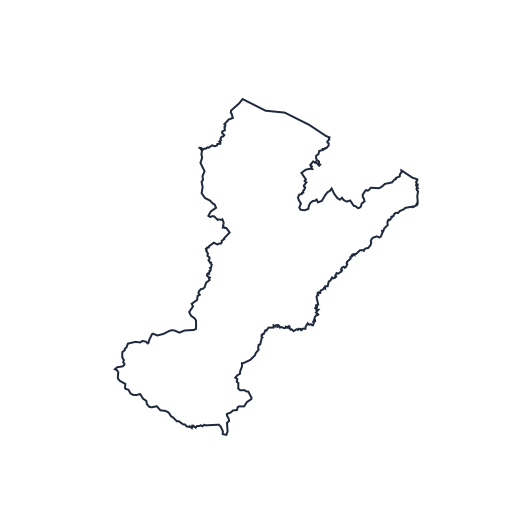 Pa Bon, Phatthalung, Thailand, rotated 333°
{"feature_id": "78962969B61161891494947", "entity_name": "Pa Bon", "entity_type": "district", "adm_level": 2, "iso_a3": "THA", "parent_name": "Thailand", "parent_adm1": "Phatthalung", "projection": "mercator", "projection_center": [100.157, 7.236], "detail": "fine", "context": "isolated", "style": "outline", "palette": "slate", "viewbox_px": 512, "rotation_deg": 333, "n_neighbors": 0, "source": "geoboundaries", "source_scale": "gbopen_adm2", "svg_char_len": 6135}
<svg xmlns="http://www.w3.org/2000/svg" viewBox="0 0 512 512"><g transform="rotate(333 256 256)"><path d="M254.1,133.4L255.4,134.9L255.6,137.8L253.5,140.7L252.6,144.0L248.8,147.8L248.6,157.2L244.7,160.4L243.3,164.1L241.2,165.2L239.8,170.3L236.1,175.3L236.8,181.1L240.1,185.6L241.4,189.7L242.5,191.2L242.3,194.9L235.9,195.8L231.8,198.6L232.8,200.4L235.2,200.7L236.8,201.8L238.2,206.4L238.9,206.2L241.5,208.0L242.7,208.0L242.3,211.7L239.4,215.6L240.7,216.0L240.7,216.6L242.3,217.7L243.2,223.1L235.5,225.8L235.4,226.5L232.4,226.9L231.6,228.4L230.3,229.0L228.6,228.1L226.8,228.2L224.5,225.0L218.2,226.1L217.8,226.9L216.0,226.3L215.3,227.2L214.7,227.0L214.6,228.5L214.0,228.7L214.3,232.0L212.8,233.8L213.9,236.3L213.2,237.5L211.8,238.1L212.1,240.7L212.9,241.4L212.2,242.1L212.7,243.6L210.5,246.1L209.6,245.8L209.5,247.6L208.6,248.5L207.8,248.2L206.2,250.5L205.5,249.7L204.2,250.0L204.1,251.0L203.5,251.2L204.0,253.2L205.0,254.2L203.9,254.6L203.8,256.3L199.4,257.2L196.0,260.5L193.8,261.1L191.8,260.5L188.9,261.7L187.8,263.2L188.3,265.0L185.7,265.2L183.6,268.4L177.0,269.4L177.0,272.3L171.0,275.6L171.0,279.8L172.9,283.5L173.3,286.2L169.5,293.7L167.1,293.7L158.6,290.0L152.9,289.5L149.8,285.6L147.3,283.9L144.9,283.4L138.2,283.4L132.0,282.0L128.9,278.4L127.9,278.4L122.3,282.7L120.9,284.5L119.8,284.7L119.0,282.3L116.1,280.1L113.7,280.5L109.4,277.7L102.1,275.9L99.1,278.6L97.0,279.1L96.4,280.3L93.2,281.0L90.8,285.6L91.0,288.8L89.4,290.4L89.8,292.3L89.1,293.3L87.0,293.8L81.9,292.1L78.9,292.8L80.3,294.7L80.5,297.1L77.5,301.9L77.5,303.6L78.1,305.6L81.5,310.7L79.3,314.2L79.5,315.2L81.6,317.2L81.8,321.5L83.4,323.9L86.3,325.6L90.1,326.4L90.6,331.9L92.5,335.3L91.5,338.6L92.5,342.1L94.4,343.5L99.4,344.8L100.8,350.1L105.1,353.0L107.1,355.9L107.6,360.5L108.6,361.7L110.5,367.4L112.2,368.2L114.6,372.9L116.1,373.8L117.0,376.6L119.1,378.0L119.6,377.7L120.7,380.1L121.9,378.6L122.3,379.3L123.0,378.7L124.4,381.6L126.1,380.7L128.5,381.9L129.8,381.7L131.1,383.4L133.3,382.9L134.2,384.0L146.2,389.4L147.1,391.9L146.9,397.2L145.5,399.6L148.4,401.9L151.1,399.3L154.4,391.5L157.1,390.8L157.8,388.7L157.7,384.8L158.4,383.5L162.1,384.0L165.4,383.2L169.1,384.6L170.8,382.6L172.3,382.2L177.2,384.6L181.6,382.0L186.9,381.4L187.6,380.3L187.6,373.3L185.7,372.1L184.9,370.4L180.9,368.4L180.0,366.0L182.6,361.2L181.8,359.2L183.5,357.2L182.3,355.0L185.1,353.9L188.3,353.6L189.5,351.5L193.3,348.2L194.8,345.1L195.9,345.7L203.5,346.0L210.3,343.9L211.3,342.6L215.9,340.6L216.1,339.0L218.0,336.4L219.6,336.7L224.1,331.4L224.7,331.4L224.4,330.2L225.1,329.0L225.9,329.2L226.5,328.5L227.6,328.9L230.6,326.5L231.3,327.2L234.7,325.5L239.1,327.7L240.2,325.8L241.1,327.5L242.5,326.7L244.3,327.6L243.1,328.9L244.9,329.2L244.9,330.7L246.2,330.7L248.4,333.1L249.8,333.5L250.4,332.6L251.4,333.9L251.6,333.4L253.3,333.4L252.9,334.1L253.7,334.7L253.0,335.5L253.4,337.3L254.4,337.4L255.4,340.0L258.9,339.7L259.8,340.8L260.8,340.1L262.6,341.3L262.3,342.2L262.9,342.8L264.5,341.9L267.0,343.3L268.1,341.5L271.5,339.4L272.1,341.4L274.0,341.7L274.6,343.3L275.4,343.6L277.5,341.5L277.0,340.6L277.8,340.2L279.1,340.8L279.5,339.8L278.8,339.2L281.0,336.9L283.4,336.0L283.9,336.6L284.9,336.4L283.8,333.5L287.1,332.2L285.3,331.2L285.7,330.5L285.1,329.4L286.2,328.8L287.0,329.4L287.3,328.9L286.6,328.1L287.2,327.2L289.3,327.6L291.3,320.0L292.7,318.9L293.5,319.2L294.1,316.9L295.2,316.8L295.3,317.7L296.5,318.1L297.6,316.4L298.8,316.1L300.7,316.2L302.0,315.3L302.8,316.5L303.9,314.4L306.1,315.5L309.2,311.8L311.2,311.6L314.0,309.7L314.2,310.8L316.5,311.3L318.0,310.7L317.4,309.8L320.0,307.8L321.0,309.0L325.0,308.6L326.2,307.8L325.5,306.8L327.3,305.4L329.3,305.5L329.8,306.8L331.5,306.4L333.6,304.7L333.4,304.0L334.3,302.6L339.1,301.3L339.4,300.0L341.3,299.8L341.3,299.1L342.5,298.5L343.1,298.6L342.7,299.5L343.7,299.2L344.1,299.8L344.4,299.0L346.2,299.6L351.2,298.1L353.6,299.2L354.4,300.3L355.1,299.4L357.3,299.1L359.7,299.8L362.8,298.4L364.7,296.6L365.0,294.9L366.5,293.5L368.6,292.8L372.4,293.3L374.5,295.6L376.1,295.3L379.1,292.8L379.7,291.0L380.5,291.8L382.9,289.6L387.5,288.2L388.2,285.9L389.7,284.2L390.8,283.9L390.9,284.6L391.8,284.6L394.7,283.2L394.6,282.5L396.7,282.8L398.1,281.4L400.2,281.0L402.0,282.2L404.7,281.2L408.7,281.5L410.9,280.9L417.4,282.9L417.5,283.4L418.5,283.2L418.7,283.8L422.5,283.7L423.6,283.0L424.0,282.2L423.4,282.1L424.7,281.2L426.8,276.0L429.8,271.9L429.2,270.2L429.7,269.2L430.5,269.2L430.1,268.6L430.9,268.4L430.8,266.8L431.4,267.2L432.5,265.7L431.4,264.9L432.3,263.8L432.2,262.7L434.3,261.6L434.5,260.9L430.9,257.2L424.4,245.7L423.5,247.6L421.4,248.5L420.2,250.3L416.1,250.0L415.4,251.1L414.2,250.7L410.6,252.2L403.6,250.3L399.1,251.5L396.3,251.4L389.3,247.3L386.2,248.6L385.0,248.4L384.1,247.3L383.1,247.4L378.8,249.9L377.9,252.0L378.2,253.5L377.5,256.6L374.0,257.2L371.9,259.6L370.1,260.0L368.6,259.7L367.3,256.8L365.9,255.8L365.1,249.3L361.5,248.7L359.4,245.7L359.1,243.2L356.4,243.9L354.8,241.4L353.9,236.1L354.0,230.2L351.1,231.6L348.8,231.6L346.0,232.8L339.6,236.8L335.6,236.3L335.6,233.2L333.7,233.6L331.7,232.8L328.5,233.4L325.9,235.3L324.0,237.8L320.0,237.3L316.7,235.0L316.5,232.6L319.9,229.5L319.5,226.2L319.9,223.0L322.5,220.9L324.8,221.6L325.7,220.6L326.9,221.0L327.7,219.2L329.2,218.9L331.0,217.2L330.3,216.1L330.5,215.0L334.3,213.3L333.4,211.2L335.2,210.5L334.2,202.6L339.5,201.7L343.2,202.6L345.6,204.0L345.5,201.5L346.4,201.4L345.7,199.5L349.9,197.7L350.9,199.7L352.0,199.2L353.2,204.2L354.7,203.7L354.0,202.5L355.0,200.4L353.8,198.0L353.9,196.1L355.1,194.0L357.9,193.6L360.0,191.1L363.8,191.9L364.1,190.9L365.8,191.9L366.8,191.2L367.8,191.8L370.9,190.5L371.9,188.7L371.2,187.2L371.6,186.3L374.2,185.5L374.3,184.3L375.3,183.7L372.8,180.8L363.0,163.4L346.7,141.3L330.4,130.8L315.3,110.1L310.4,112.3L299.8,115.1L298.6,116.9L298.9,117.9L298.0,122.5L293.6,122.0L287.7,124.2L288.3,125.2L287.1,126.8L286.5,126.7L285.4,129.8L282.6,129.7L281.6,130.8L282.6,133.9L281.0,134.6L279.5,134.1L277.4,135.5L277.4,136.9L275.2,137.4L275.9,138.5L275.2,139.8L272.4,138.7L271.5,139.7L270.0,139.7L268.8,139.3L267.2,137.5L263.0,138.0L262.1,137.2L260.0,137.6L259.0,136.9L257.1,137.2L256.3,135.0L254.1,133.4Z" fill="none" stroke="#1e293b" stroke-width="2"/></g></svg>